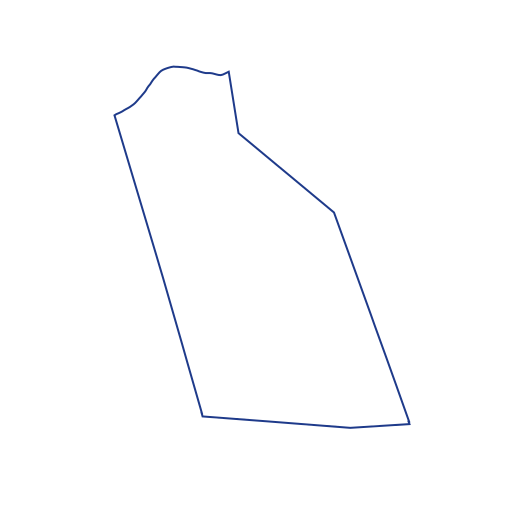 General Belgrano, La Rioja, Argentina, rotated 73°
{"feature_id": "61730980B43723065760012", "entity_name": "General Belgrano", "entity_type": "district", "adm_level": 2, "iso_a3": "ARG", "parent_name": "Argentina", "parent_adm1": "La Rioja", "projection": "albers", "projection_center": [-66.207, -30.562], "detail": "fine", "context": "isolated", "style": "outline", "palette": "blue", "viewbox_px": 512, "rotation_deg": 73, "n_neighbors": 0, "source": "geoboundaries", "source_scale": "gbopen_adm2", "svg_char_len": 1147}
<svg xmlns="http://www.w3.org/2000/svg" viewBox="0 0 512 512"><g transform="rotate(73 256 256)"><path d="M393.8,354.0L413.2,304.4L416.7,295.4L447.9,216.1L461.6,158.4L459.0,158.5L459.1,158.0L423.1,159.6L422.8,159.6L390.9,161.1L357.3,162.8L345.7,163.3L237.2,168.7L184.6,203.2L175.2,209.4L133.4,236.8L71.8,228.2L72.5,232.5L72.8,234.7L72.7,236.9L71.9,238.9L70.8,240.8L69.6,242.7L68.5,244.5L67.6,246.5L67.0,248.6L66.3,250.7L65.3,252.6L64.1,254.5L62.9,256.3L61.5,258.0L60.3,259.8L59.0,261.6L57.9,263.4L56.7,265.3L55.6,267.2L54.7,269.2L53.9,271.2L53.1,273.3L52.3,275.3L51.6,277.4L50.8,279.4L50.5,281.6L50.4,283.8L50.4,286.0L50.5,288.1L50.7,290.3L51.2,292.5L52.1,294.5L53.2,296.3L54.4,298.2L55.6,300.0L56.7,301.9L58.0,303.7L59.4,305.4L60.8,307.0L62.0,308.9L63.3,310.6L64.8,312.2L66.2,313.8L67.4,315.6L68.6,317.5L69.8,319.3L70.9,321.2L72.1,323.1L73.2,324.9L74.3,326.8L75.2,328.8L75.9,330.9L76.6,333.0L77.1,335.1L77.5,337.2L78.0,339.4L78.6,341.5L79.0,343.6L79.3,345.8L79.5,348.0L80.1,350.2L225.0,351.1L236.1,351.2L249.8,351.3L312.1,352.3L318.3,352.4L338.0,352.8L390.3,353.7L390.2,353.9L393.8,354.0Z" fill="none" stroke="#1e3a8a" stroke-width="2"/></g></svg>